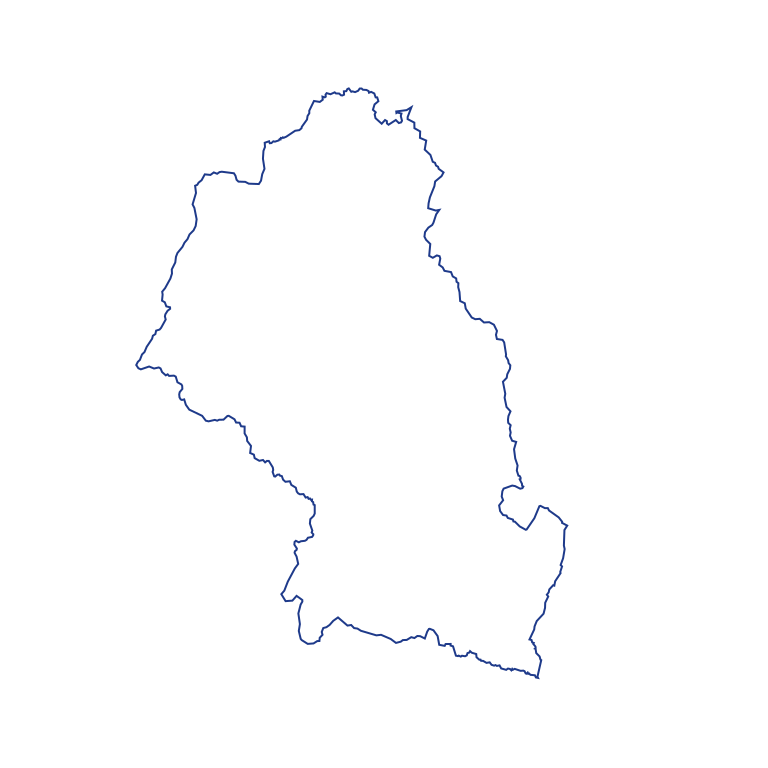 Nopphitam, Nakhon Si Thammarat, Thailand (Robinson projection), rotated 20°
{"feature_id": "78962969B39887393521722", "entity_name": "Nopphitam", "entity_type": "district", "adm_level": 2, "iso_a3": "THA", "parent_name": "Thailand", "parent_adm1": "Nakhon Si Thammarat", "projection": "robinson", "projection_center": [99.71, 8.761], "detail": "fine", "context": "isolated", "style": "outline", "palette": "blue", "viewbox_px": 768, "rotation_deg": 20, "n_neighbors": 0, "source": "geoboundaries", "source_scale": "gbopen_adm2", "svg_char_len": 6153}
<svg xmlns="http://www.w3.org/2000/svg" viewBox="0 0 768 768"><g transform="rotate(20 384 384)"><path d="M144.7,450.9L147.8,453.2L150.5,453.4L157.3,447.9L162.6,448.1L166.7,445.5L168.7,445.8L171.4,448.7L176.0,450.5L177.4,448.9L179.3,449.9L183.7,448.0L185.8,448.3L189.3,453.0L193.8,453.7L195.0,454.8L196.2,457.6L194.8,461.5L195.1,463.8L196.4,466.5L198.2,468.0L199.6,468.1L201.5,466.8L204.9,471.3L209.8,474.7L224.0,476.1L229.1,479.4L231.9,479.1L237.3,475.6L239.8,475.5L241.3,474.0L245.4,472.4L247.8,467.6L249.0,467.0L255.6,468.3L258.2,470.8L261.5,469.8L264.2,472.6L267.6,471.7L269.9,478.1L273.4,481.0L274.9,484.3L280.2,487.7L281.8,494.6L285.9,494.9L287.8,497.9L293.1,498.8L296.3,496.8L299.1,498.3L300.3,496.3L302.1,495.7L308.0,500.4L309.3,502.7L309.4,504.7L312.4,508.3L313.4,508.2L314.8,505.7L316.6,504.9L317.6,505.7L319.5,505.5L321.9,508.4L324.8,509.6L328.8,507.6L331.4,510.5L336.6,511.6L338.8,514.9L340.7,516.1L342.7,516.4L346.0,515.0L349.2,517.5L350.9,516.4L352.4,517.7L353.6,516.9L354.7,517.8L355.9,517.2L356.4,518.9L357.8,519.2L359.0,521.4L360.3,521.5L363.2,529.4L363.0,532.0L361.0,536.2L362.1,540.5L366.8,546.3L366.8,548.3L369.0,549.4L369.2,550.5L368.7,552.3L365.1,554.5L364.5,557.0L363.3,558.4L359.7,560.2L358.1,561.9L354.8,561.5L354.0,563.0L354.7,565.6L358.4,568.4L358.6,569.7L357.5,571.6L357.7,573.2L360.9,576.1L364.9,582.4L363.3,587.8L361.2,602.6L361.0,612.3L359.4,616.6L365.8,621.7L372.0,618.9L374.3,613.0L381.1,614.9L381.7,616.4L381.1,619.8L382.0,628.9L387.1,638.4L388.4,645.2L392.9,652.0L394.3,652.8L401.2,654.3L406.5,651.9L409.2,648.4L411.2,647.6L410.4,644.4L412.0,640.7L410.3,638.3L410.4,634.1L413.1,632.2L415.3,629.0L417.3,623.9L420.6,619.1L432.3,623.5L435.6,621.7L439.4,623.6L442.7,622.9L446.7,623.8L462.8,622.8L467.0,620.7L477.5,621.3L483.8,623.2L487.9,620.4L489.3,618.2L492.9,616.7L496.2,612.6L499.5,612.3L501.5,609.4L504.2,608.6L509.4,609.2L509.3,601.9L510.0,598.8L510.7,598.4L514.7,598.5L520.6,602.5L525.1,610.2L530.6,609.3L530.8,607.3L535.5,605.5L536.0,607.0L538.6,606.9L544.5,614.7L546.6,614.4L547.1,613.7L549.4,613.9L550.2,612.7L553.3,612.1L554.6,610.7L554.5,608.3L556.0,607.2L556.2,605.6L558.5,606.5L563.0,606.2L564.4,609.1L567.9,610.5L569.0,610.0L569.9,610.9L571.9,610.3L575.7,611.0L578.5,609.4L581.1,611.1L583.8,611.0L584.9,610.0L586.5,610.3L588.8,608.9L591.4,611.2L596.6,610.8L597.8,609.0L599.8,608.7L601.6,609.5L601.9,607.9L602.8,608.5L604.2,607.0L610.5,606.8L612.9,605.7L614.3,605.8L616.1,607.5L617.0,607.5L617.7,606.0L618.7,607.0L619.3,606.4L621.1,607.2L625.4,606.1L627.1,607.8L629.3,607.5L628.3,606.5L626.2,589.7L625.3,589.5L623.4,586.8L619.1,584.8L617.0,581.0L616.4,581.0L616.8,580.2L616.1,578.9L613.2,577.2L613.3,576.1L611.6,576.1L610.2,574.1L608.1,574.3L609.1,563.3L608.4,560.3L608.6,554.5L612.5,545.3L611.9,539.3L610.3,534.4L611.0,527.5L609.1,526.3L610.0,523.5L609.6,520.5L611.8,515.2L613.0,515.2L612.3,510.8L614.6,501.3L613.9,500.4L613.7,494.5L611.9,493.7L611.9,486.5L610.2,477.3L608.3,474.3L603.5,459.5L604.6,454.4L598.8,453.6L598.5,452.5L593.8,449.6L582.3,446.4L580.4,444.6L577.6,445.6L572.7,445.0L571.8,445.7L571.2,458.7L567.8,471.9L567.1,472.5L560.2,471.4L554.1,468.6L552.6,468.9L551.5,467.3L546.1,467.5L544.1,465.7L540.7,466.4L536.6,463.7L533.7,458.7L535.7,452.5L533.1,449.5L531.9,444.3L532.2,441.4L539.2,435.6L542.1,435.1L547.8,435.8L549.7,434.5L550.0,432.7L548.6,432.4L547.8,430.6L544.1,427.1L544.8,426.4L544.3,425.2L542.8,424.0L541.7,424.2L538.4,419.9L537.4,414.9L532.8,409.1L528.5,400.8L528.0,393.2L523.8,393.5L520.1,389.6L519.6,386.2L517.5,383.0L517.1,379.4L514.0,378.0L512.7,375.1L511.9,371.6L512.2,366.4L507.0,363.7L502.0,355.6L501.3,351.7L495.0,341.2L497.2,336.2L496.5,332.7L497.2,326.7L496.3,323.2L493.9,321.7L492.5,319.2L489.0,316.3L488.6,314.5L482.7,303.8L480.3,302.0L474.7,303.1L472.4,299.5L472.0,295.5L467.0,290.7L461.8,289.9L456.9,292.0L451.7,290.0L447.6,291.9L443.7,291.5L435.0,285.2L432.3,280.5L427.2,280.0L423.5,271.8L420.6,267.6L419.4,263.8L417.2,263.1L415.7,260.1L411.8,259.4L408.7,255.9L402.1,257.0L399.3,254.4L395.0,253.1L394.0,246.9L392.5,244.9L389.7,245.1L386.7,248.7L382.6,248.1L379.6,236.6L374.2,234.1L371.6,231.7L370.6,227.2L372.2,221.9L374.9,218.1L375.3,215.5L375.0,206.7L376.4,201.5L373.4,203.3L365.4,203.7L364.1,199.0L363.3,192.9L363.7,180.9L362.8,176.2L367.0,168.9L367.6,164.8L361.8,163.1L360.5,161.4L358.1,160.9L356.3,158.7L353.8,158.5L349.3,152.9L342.1,149.8L340.4,140.8L333.6,140.4L331.6,134.3L325.1,133.2L323.1,128.0L315.6,127.0L314.9,125.0L315.1,114.5L311.6,118.9L302.3,123.7L303.0,125.1L303.7,124.3L307.9,123.9L308.1,126.4L310.9,130.5L310.6,132.3L308.7,133.7L304.8,131.9L299.6,138.8L297.6,138.1L296.8,136.0L294.7,135.6L292.8,140.2L285.1,137.1L283.0,133.8L283.3,131.5L279.8,130.1L279.5,124.5L282.0,120.2L279.6,117.0L278.1,117.5L275.5,114.3L272.0,113.9L270.3,115.4L269.3,114.0L266.9,113.7L263.5,114.7L261.9,114.0L260.1,114.7L259.4,117.3L257.0,119.6L254.3,119.8L253.3,120.6L249.8,118.3L248.7,119.3L248.4,121.7L246.2,122.7L247.5,125.8L246.2,127.1L244.8,127.4L242.6,126.4L239.4,127.4L237.9,126.8L234.6,130.0L230.6,130.3L230.1,132.1L231.0,133.9L230.3,134.9L227.9,135.0L229.2,137.8L227.2,140.9L221.4,142.0L220.3,152.7L221.2,155.1L220.5,158.3L221.2,161.8L218.8,170.4L219.0,171.9L217.6,174.4L213.9,176.4L207.6,185.0L205.5,187.0L204.6,186.8L203.9,188.0L202.9,188.1L203.1,189.6L202.1,189.7L201.8,191.1L198.6,193.6L197.0,193.8L195.8,196.1L194.3,196.8L193.0,195.2L189.4,198.1L191.1,202.0L191.0,206.2L193.2,213.7L198.1,222.7L197.8,228.4L198.9,235.0L198.0,238.9L188.4,242.0L184.5,241.5L178.0,243.6L175.6,242.5L173.2,239.1L170.9,237.3L159.0,240.0L157.0,241.1L155.3,243.5L151.7,243.4L149.4,246.9L143.9,248.3L142.9,254.9L140.9,258.2L140.4,260.7L138.7,262.3L142.0,268.8L142.7,280.7L145.6,283.4L151.6,293.3L153.0,300.0L152.5,304.8L150.1,310.0L149.8,315.1L148.2,319.4L147.7,324.1L145.1,331.5L145.0,335.6L146.3,341.2L145.4,348.9L147.0,352.8L147.2,358.0L145.5,368.9L144.0,373.1L145.4,375.7L146.9,381.6L150.1,382.2L152.9,385.5L156.7,385.1L157.3,386.5L155.6,389.2L154.7,393.3L155.0,395.4L156.8,398.1L155.3,407.6L154.5,409.6L151.6,411.8L152.1,415.3L150.3,417.7L150.6,420.8L148.3,430.2L148.0,435.9L146.5,439.0L146.4,444.8L145.1,447.4L144.7,450.9Z" fill="none" stroke="#1e3a8a" stroke-width="2"/></g></svg>